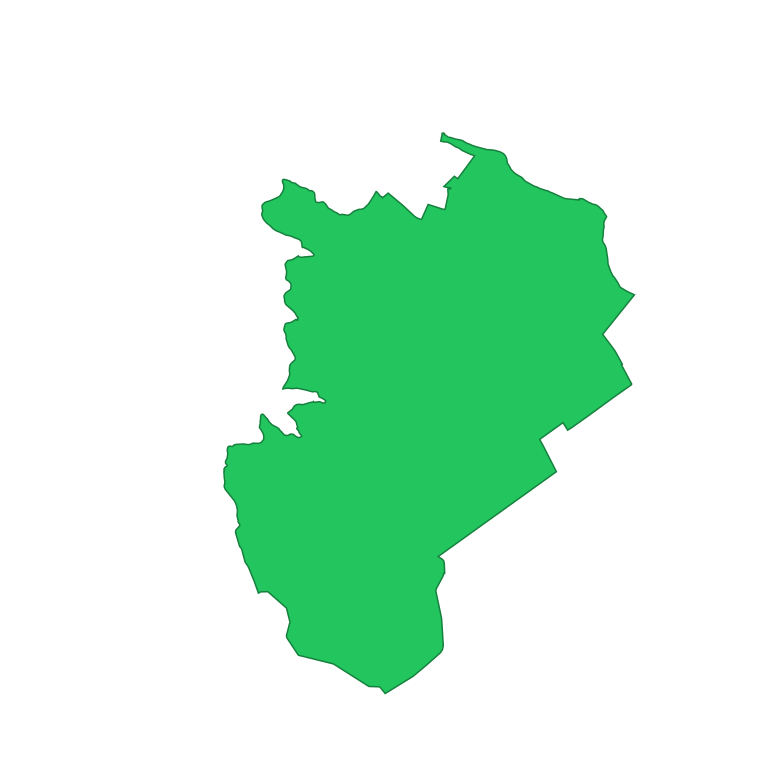 the district of Tuzla, Constanta, Romania, rotated 306°
{"feature_id": "2599482B16901594770038", "entity_name": "Tuzla", "entity_type": "district", "adm_level": 2, "iso_a3": "ROU", "parent_name": "Romania", "parent_adm1": "Constanta", "projection": "natural_earth1", "projection_center": [28.608, 44.001], "detail": "fine", "context": "isolated", "style": "filled", "palette": "green", "viewbox_px": 768, "rotation_deg": 306, "n_neighbors": 0, "source": "geoboundaries", "source_scale": "gbopen_adm2", "svg_char_len": 6147}
<svg xmlns="http://www.w3.org/2000/svg" viewBox="0 0 768 768"><g transform="rotate(306 384 384)"><path d="M603.3,534.2L601.8,526.1L601.2,519.2L601.3,517.8L603.3,513.9L605.0,509.5L606.4,504.8L608.2,501.4L612.8,494.7L616.2,491.9L624.0,484.3L625.4,482.4L626.6,480.2L627.3,478.0L628.9,476.1L630.5,475.2L631.7,474.7L638.2,470.6L639.4,470.3L641.1,469.2L642.4,467.9L643.9,466.9L646.6,466.2L649.9,465.9L650.5,465.4L651.8,461.4L653.0,459.2L653.7,452.7L653.7,451.1L653.1,449.0L652.1,446.9L651.7,444.2L651.3,443.0L650.7,436.2L650.2,435.1L648.8,433.1L648.3,433.6L647.6,433.6L641.3,423.1L640.0,420.2L637.6,408.2L636.8,405.3L636.6,403.2L635.5,400.6L633.8,395.1L633.1,391.4L632.3,389.2L631.1,379.1L632.1,374.2L631.5,368.6L631.4,365.5L631.7,363.4L632.3,360.6L634.0,357.2L635.2,353.8L636.5,352.8L638.9,350.1L640.4,346.9L640.5,344.4L640.0,341.3L638.5,337.2L636.8,333.7L635.6,332.0L634.8,330.4L634.3,329.9L630.2,319.3L628.8,314.8L628.3,312.2L627.5,309.5L627.0,303.8L626.3,302.8L626.3,302.3L624.2,297.9L622.5,292.8L621.6,291.3L621.4,290.1L621.6,288.0L621.2,286.4L621.3,286.0L622.2,285.7L622.1,284.7L621.0,283.6L620.3,284.2L613.8,287.1L614.9,289.9L616.4,292.1L617.0,293.4L617.7,297.1L617.9,302.0L618.7,305.2L618.9,306.6L618.8,308.2L618.9,310.1L620.6,318.9L621.6,321.9L621.8,323.2L593.4,323.0L593.4,318.8L578.9,316.4L580.0,319.3L581.8,322.7L581.2,323.1L579.1,321.1L574.8,324.7L561.2,330.8L560.0,328.8L555.2,314.2L539.2,317.6L538.2,315.2L537.6,311.5L537.7,309.5L539.6,293.9L540.9,275.2L533.8,273.3L534.2,271.8L533.7,270.8L534.9,266.8L535.2,264.9L535.1,264.5L530.2,265.1L522.2,265.6L520.3,265.6L515.0,264.7L513.5,264.1L511.5,262.4L510.4,260.9L506.1,258.1L501.7,257.0L500.4,256.5L498.8,254.8L496.7,250.5L496.1,249.8L494.8,248.9L494.8,245.8L494.5,243.9L494.1,243.0L494.1,239.9L493.6,235.5L495.2,231.2L495.6,228.3L495.3,227.4L494.9,226.8L493.3,225.5L492.2,224.2L491.5,222.9L491.2,222.3L491.3,221.7L493.6,219.0L495.4,217.6L497.5,215.7L498.1,213.5L498.0,212.5L497.7,211.5L497.0,210.7L496.5,209.5L496.7,208.7L496.6,206.7L496.0,204.8L494.7,201.9L494.2,200.0L494.2,194.1L492.8,191.1L492.9,189.0L492.7,187.8L492.2,186.8L492.0,185.7L491.1,183.3L490.4,182.4L489.6,182.0L488.6,182.4L488.1,182.9L487.3,183.8L486.6,185.1L486.7,185.4L485.9,185.9L484.2,187.4L481.9,188.5L479.7,189.0L474.5,189.2L472.1,188.1L466.8,185.0L464.8,183.8L462.5,181.9L460.7,180.9L458.4,180.4L456.6,180.5L454.8,181.9L452.7,184.2L451.3,184.5L449.6,185.3L448.7,186.1L448.0,187.1L446.9,188.9L446.2,190.5L445.3,194.1L445.1,198.6L444.5,202.4L444.4,204.5L444.6,206.7L445.5,210.2L446.6,215.9L446.8,216.9L448.6,220.9L449.0,222.1L449.7,225.4L451.0,229.9L451.0,231.1L451.0,232.3L450.5,233.4L449.2,235.0L446.7,237.3L446.5,237.8L447.5,239.1L447.5,240.5L448.1,242.7L448.3,245.9L448.3,248.0L447.9,248.7L447.9,250.0L447.6,251.1L447.2,251.5L446.4,251.7L445.1,250.8L440.1,245.0L438.3,243.1L437.2,241.4L437.0,240.4L437.3,239.4L432.7,237.7L431.8,237.1L430.6,236.7L427.3,233.6L423.8,233.4L422.6,233.8L421.8,234.4L421.5,235.1L420.4,236.0L418.7,238.2L416.5,240.0L411.9,242.2L411.0,243.7L411.2,247.1L410.8,248.5L410.2,249.8L409.5,250.6L407.7,251.8L406.0,252.7L404.7,252.6L400.9,251.2L399.6,250.9L396.9,251.2L396.0,251.7L393.8,254.0L392.6,254.9L390.9,257.3L390.6,258.2L389.8,267.3L389.1,270.4L387.3,274.3L387.4,275.3L387.2,275.5L385.4,276.0L385.6,276.3L385.3,276.6L384.9,276.6L384.4,276.0L384.4,275.6L384.6,275.2L384.4,274.8L379.9,272.9L378.5,272.0L376.1,269.6L375.0,269.0L374.1,269.0L370.6,270.3L369.4,270.9L368.7,271.5L367.3,273.7L367.1,274.6L366.6,275.2L365.1,276.8L363.1,278.2L358.9,283.7L357.7,286.1L357.2,288.6L354.5,294.5L353.8,295.9L352.4,297.4L351.1,297.8L346.8,296.9L344.3,296.7L342.1,297.7L339.0,299.7L337.9,300.8L336.0,302.3L329.9,304.0L322.7,304.4L320.9,304.9L320.5,305.2L321.8,306.0L323.4,307.9L325.0,310.0L325.6,311.4L326.3,312.5L329.6,316.2L333.3,324.6L335.6,330.7L337.5,332.8L337.8,333.5L338.0,334.5L338.0,335.5L337.2,336.3L336.7,337.4L335.4,339.1L335.8,340.6L336.2,343.2L336.3,345.3L336.1,346.6L334.3,347.5L332.5,345.5L332.1,343.0L331.7,342.1L328.3,338.5L328.2,337.9L328.4,337.2L327.5,337.0L325.7,335.2L319.7,330.6L318.4,328.4L317.0,326.4L315.7,325.3L314.2,324.6L313.1,324.4L309.7,324.7L304.5,323.2L303.9,323.2L303.6,323.8L302.4,332.6L301.9,334.8L300.7,336.5L299.9,337.2L298.6,339.4L297.6,339.3L296.5,339.7L296.2,340.9L296.5,341.3L294.5,344.5L293.8,347.6L293.2,348.2L291.6,347.5L291.1,347.0L290.1,345.8L289.8,342.3L290.1,340.6L289.5,339.7L289.2,338.5L287.9,337.4L285.8,336.5L284.3,334.0L284.2,332.8L285.0,329.8L285.3,327.4L286.1,325.1L286.0,322.8L285.2,317.7L285.7,313.9L286.9,311.0L287.1,310.2L287.4,309.8L287.2,309.2L288.4,304.6L288.3,303.7L287.9,303.1L287.3,302.8L286.7,302.7L284.8,303.5L283.7,304.4L280.7,305.9L279.9,306.8L276.5,308.2L275.5,309.0L274.2,312.6L272.6,315.7L271.5,317.0L269.7,318.5L268.2,319.2L265.0,319.1L263.5,318.4L262.4,317.6L259.0,312.6L256.5,311.2L255.0,309.6L253.2,306.0L248.6,300.3L247.1,298.8L246.2,298.4L244.6,298.3L244.0,297.6L243.2,295.8L242.1,295.0L241.2,294.8L239.0,295.6L237.0,297.3L235.9,298.5L231.5,300.8L229.0,301.1L227.7,301.6L226.9,302.3L226.5,302.9L226.5,304.1L226.3,304.6L225.5,305.3L223.7,304.4L221.1,304.5L220.9,304.9L220.5,305.0L219.8,306.0L219.1,305.9L214.0,310.1L211.1,313.0L207.4,314.7L206.3,316.1L205.4,317.7L201.6,331.5L200.7,333.4L198.7,336.5L195.5,339.8L191.0,342.5L187.9,346.2L186.7,347.0L186.7,347.3L185.9,348.7L185.8,349.7L185.3,350.1L184.2,350.6L179.0,350.0L177.1,350.8L176.1,351.8L168.2,362.0L167.7,362.8L167.1,365.3L166.5,366.2L158.2,376.5L156.6,381.1L154.7,384.4L147.5,395.9L141.0,405.3L143.4,406.5L147.7,412.1L145.4,436.8L135.8,448.2L134.6,448.4L123.5,452.8L122.1,453.9L121.5,454.7L114.3,474.0L114.4,474.6L127.8,507.6L130.4,549.2L130.5,549.7L136.1,558.0L136.4,558.9L134.3,566.9L164.8,579.4L182.0,583.7L199.6,587.6L203.2,587.5L207.0,585.9L227.2,569.2L229.1,567.4L246.9,547.7L248.8,546.7L263.9,544.6L265.8,543.6L266.3,544.4L266.8,544.2L274.8,537.8L276.1,536.1L276.5,534.1L276.2,529.2L414.4,575.0L427.0,550.3L430.7,542.5L457.9,551.5L454.6,559.8L457.4,560.7L457.5,561.0L478.9,568.2L507.6,577.4L528.7,584.6L529.0,584.1L529.6,584.3L539.1,564.8L540.1,565.2L545.9,552.9L547.1,549.9L552.7,531.7L603.3,534.2Z" fill="#22c55e" stroke="#15803d" stroke-width="1.5"/></g></svg>